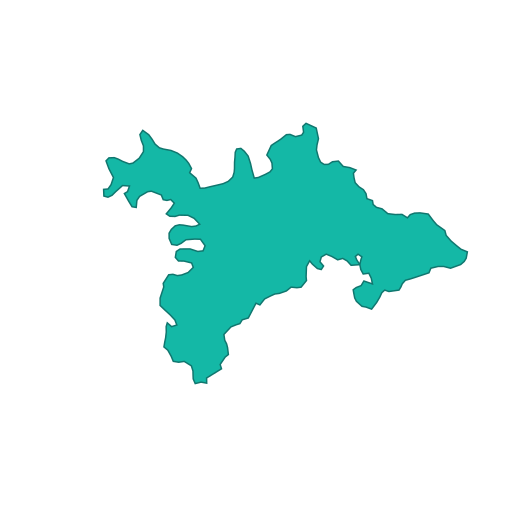 the district of Itapejara d'Oeste, Paraná, Brazil, rotated 303°
{"feature_id": "56859067B76387511794293", "entity_name": "Itapejara d'Oeste", "entity_type": "district", "adm_level": 2, "iso_a3": "BRA", "parent_name": "Brazil", "parent_adm1": "Paraná", "projection": "natural_earth1", "projection_center": [-52.828, -25.984], "detail": "fine", "context": "isolated", "style": "filled", "palette": "teal", "viewbox_px": 512, "rotation_deg": 303, "n_neighbors": 0, "source": "geoboundaries", "source_scale": "gbopen_adm2", "svg_char_len": 3516}
<svg xmlns="http://www.w3.org/2000/svg" viewBox="0 0 512 512"><g transform="rotate(303 256 256)"><path d="M305.3,347.8L301.7,351.3L299.3,355.7L303.0,360.0L300.2,364.7L296.0,368.9L293.8,360.1L288.4,360.3L284.1,357.2L280.6,355.9L277.8,358.5L274.6,361.6L272.7,364.9L271.5,372.3L273.1,376.1L274.4,381.9L282.7,382.5L289.0,382.2L293.7,381.5L297.5,382.5L298.6,386.8L305.3,394.5L308.9,394.4L312.4,393.8L317.0,394.5L320.8,397.9L324.6,401.0L336.1,410.2L341.0,409.3L346.4,414.4L349.5,419.2L351.7,425.8L360.3,432.3L364.8,433.6L368.6,433.5L374.6,431.0L373.3,424.2L373.9,418.4L374.8,411.5L376.8,404.3L380.2,400.5L380.4,395.8L380.6,390.6L382.1,385.5L385.0,377.6L381.5,370.1L378.3,365.6L374.7,362.8L370.5,362.2L370.4,355.8L366.6,350.2L363.3,343.5L364.2,336.0L362.4,330.5L363.0,326.2L365.9,323.5L364.5,317.8L368.2,314.3L370.1,310.0L370.1,304.7L371.5,299.2L375.2,295.4L378.5,292.6L382.6,293.1L381.2,286.5L378.6,280.4L380.5,273.4L376.7,268.8L372.3,266.8L369.9,263.3L369.9,259.1L372.5,254.8L377.9,248.9L382.3,246.7L388.4,244.5L396.1,236.8L394.5,225.7L390.3,224.6L385.7,228.5L382.3,228.5L377.6,224.1L376.5,218.3L374.3,215.4L367.6,213.2L364.5,211.9L361.0,210.3L357.0,208.6L346.6,210.1L344.8,215.4L342.6,218.8L338.0,222.3L334.1,221.9L329.4,219.3L323.1,215.2L320.4,212.1L326.0,205.7L330.7,200.9L335.5,195.0L337.5,189.1L338.0,184.7L335.2,181.5L331.7,182.1L327.2,184.7L323.0,186.9L317.5,190.4L314.3,192.1L309.5,193.5L303.5,192.1L298.8,189.1L295.1,185.6L289.0,179.7L284.9,175.9L282.4,172.2L285.8,167.7L288.6,163.3L289.7,155.0L294.2,154.3L297.0,149.2L298.4,145.1L299.3,140.5L299.5,134.0L298.2,127.2L295.3,120.2L294.1,116.0L294.9,110.3L297.3,105.3L299.3,100.0L299.7,92.6L294.6,92.5L290.6,96.7L287.1,101.6L282.2,104.8L278.0,104.8L274.4,104.8L266.9,102.2L264.2,99.5L262.7,92.6L262.2,87.6L261.3,83.6L258.2,79.2L254.1,78.4L249.1,85.1L244.2,93.7L236.9,95.6L231.6,95.4L228.9,91.9L223.4,95.8L224.7,99.8L228.5,102.2L233.6,103.3L242.4,105.7L245.8,111.8L240.0,113.2L236.7,111.6L232.7,119.2L229.8,125.2L231.5,129.1L237.8,125.8L242.6,125.9L250.9,130.1L253.4,133.0L255.6,143.4L252.7,147.5L254.1,151.0L256.9,153.7L255.8,158.7L250.3,158.7L242.5,157.8L242.4,162.1L245.1,166.6L248.5,169.4L253.1,176.8L253.9,183.6L252.0,191.5L248.4,189.3L245.6,186.0L242.2,178.0L240.4,174.7L237.3,171.8L232.2,170.5L227.8,170.7L223.4,173.6L219.8,179.0L222.0,183.9L225.8,186.3L231.5,188.4L236.9,195.5L239.8,200.3L236.9,207.7L231.5,208.8L228.1,204.7L226.0,196.8L220.5,188.5L216.4,186.7L210.9,189.1L209.6,193.7L212.5,198.3L215.1,205.8L212.3,209.6L205.2,208.1L199.6,204.0L196.7,200.7L195.4,196.3L192.7,193.0L182.5,193.1L179.8,195.5L168.5,198.5L162.3,202.5L161.0,209.3L159.9,216.0L158.2,222.8L155.0,227.2L150.8,223.7L151.6,218.0L147.9,219.1L143.3,222.2L138.1,224.8L134.0,226.4L129.6,228.3L129.0,233.3L125.7,239.5L122.6,244.0L124.8,249.0L128.5,253.2L128.7,261.6L125.2,265.8L122.1,267.9L118.7,270.3L115.9,274.5L120.3,278.6L122.5,283.9L126.8,281.0L142.6,288.5L145.5,285.0L154.5,285.2L158.3,286.5L163.6,282.1L166.3,279.2L168.3,275.7L172.7,271.8L177.8,272.7L182.9,273.6L187.6,276.9L190.5,279.3L195.0,279.2L199.8,283.3L216.4,281.7L217.1,285.9L224.7,286.6L230.5,290.0L234.4,292.5L237.4,296.0L243.2,300.5L249.0,302.4L251.7,307.6L254.4,310.8L262.9,311.7L265.9,309.3L274.6,304.1L281.2,303.6L279.9,307.7L278.9,314.3L280.2,318.1L284.4,318.1L286.0,312.8L290.7,311.3L295.8,313.9L296.9,319.8L297.3,326.6L301.2,330.1L301.5,335.1L300.0,340.8L305.3,347.8ZM305.3,347.8L307.5,342.8L309.7,339.6L313.1,340.6L313.0,345.2L309.7,346.1L305.3,347.8Z" fill="#14b8a6" stroke="#0f766e" stroke-width="1.5"/></g></svg>